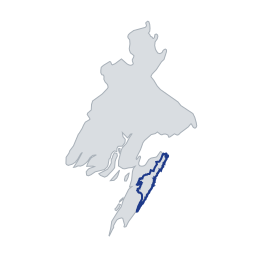 Rangamati, Chittagong, Bangladesh (highlighted), rotated 37°
{"feature_id": "16705992B35610473312733", "entity_name": "Rangamati", "entity_type": "district", "adm_level": 2, "iso_a3": "BGD", "parent_name": "Bangladesh", "parent_adm1": "Chittagong", "projection": "equal_earth", "projection_center": [92.168, 22.796], "detail": "fine", "context": "in_parent", "style": "outline", "palette": "blue", "viewbox_px": 256, "rotation_deg": 37, "n_neighbors": 0, "source": "geoboundaries", "source_scale": "gbopen_adm2", "svg_char_len": 8587}
<svg xmlns="http://www.w3.org/2000/svg" viewBox="0 0 256 256"><g transform="rotate(37 128 128)"><path d="M95.2,181.1L95.2,175.0L92.1,162.9L92.2,161.5L91.6,155.7L90.8,152.5L90.4,149.0L92.4,144.1L91.6,143.3L87.3,141.8L86.8,140.5L87.8,135.7L84.7,131.1L83.5,127.6L86.9,116.6L87.8,108.9L87.6,107.4L85.6,105.7L82.0,105.0L79.4,103.6L77.9,101.4L76.7,100.5L75.1,101.2L73.1,100.3L71.5,98.2L70.1,95.6L70.7,92.7L73.4,85.9L74.4,85.7L76.6,87.0L77.5,87.0L79.0,84.4L81.2,76.8L88.5,77.4L90.2,77.2L92.0,76.6L93.0,75.6L93.6,74.4L93.4,73.3L91.2,71.9L90.3,70.8L89.8,67.8L89.1,66.6L84.7,66.5L82.5,65.1L81.2,63.8L79.0,59.7L76.3,56.6L73.7,55.9L72.7,54.9L72.2,53.3L72.5,51.1L73.9,46.7L81.2,37.3L81.4,36.2L81.1,35.0L79.0,33.5L78.9,32.8L79.5,30.8L80.7,30.6L83.2,32.4L85.7,35.3L87.2,37.8L87.2,39.9L89.2,40.3L90.8,41.2L92.5,40.9L93.6,41.4L94.4,41.2L94.7,40.1L93.3,37.1L94.0,35.9L95.6,35.9L96.8,37.0L97.7,39.3L97.8,42.9L99.7,46.1L102.3,48.4L104.3,49.4L106.7,50.2L108.8,49.4L109.8,47.2L109.4,45.2L109.7,43.4L110.5,42.4L111.8,42.5L112.8,43.9L115.5,51.6L114.9,55.0L115.5,64.3L114.8,70.5L115.2,72.8L115.7,73.3L119.9,74.4L126.1,76.9L130.8,77.8L152.2,77.1L156.8,78.3L171.1,77.4L175.0,79.4L179.2,82.6L181.6,84.9L182.0,86.3L181.8,87.5L181.0,88.1L179.5,88.1L176.1,86.6L175.6,87.0L175.5,90.8L172.8,100.1L172.4,102.9L171.5,104.1L168.6,104.7L166.8,110.1L166.0,110.8L164.1,109.6L163.0,109.8L161.5,110.3L160.1,111.5L159.1,113.1L157.9,113.6L153.9,113.5L153.2,116.0L150.5,119.3L148.7,128.1L148.8,130.8L151.0,137.8L152.6,146.9L153.2,147.8L153.9,147.9L154.0,143.7L154.7,143.2L155.6,143.7L157.5,149.3L158.6,150.7L160.2,151.1L162.1,150.2L163.5,148.6L164.1,146.8L163.6,140.7L164.5,138.2L167.8,134.5L168.3,133.4L168.1,127.3L169.3,127.0L170.9,127.5L173.0,126.1L173.7,126.0L174.5,127.6L176.0,127.3L178.2,139.5L178.4,148.1L178.9,152.8L179.7,153.9L182.2,161.1L184.6,186.3L184.8,202.4L185.8,207.9L185.0,209.1L184.2,209.3L183.5,207.4L178.2,203.3L176.9,203.7L175.1,206.1L174.4,208.3L174.7,211.4L175.2,214.5L176.5,216.2L176.6,218.1L178.0,225.4L177.6,225.4L174.7,218.8L171.2,212.3L170.1,200.7L170.0,195.0L167.6,188.3L165.4,176.5L166.4,172.4L164.7,174.2L162.1,167.2L157.9,160.3L156.7,157.3L156.7,154.3L154.9,157.3L152.5,159.4L150.0,162.5L148.4,163.5L143.2,164.0L140.2,159.8L135.9,149.6L135.4,147.2L136.0,141.2L135.0,135.5L134.7,130.4L133.9,130.9L133.6,132.3L133.8,134.4L133.5,136.2L126.2,135.0L129.3,138.0L132.6,138.7L134.3,141.4L134.4,145.9L131.1,148.6L131.4,150.9L133.3,153.6L131.0,154.4L130.4,156.2L130.3,158.8L131.9,162.8L131.6,164.3L134.3,169.5L134.8,172.0L134.1,175.5L128.2,182.7L126.5,187.7L125.0,190.1L123.2,190.5L121.0,188.1L121.0,185.6L121.4,183.7L124.5,179.0L122.9,179.6L118.0,183.5L117.1,180.3L116.6,177.4L116.6,173.8L118.9,168.5L116.3,171.1L115.5,174.5L115.8,178.4L115.5,181.2L114.4,184.8L113.0,187.0L110.8,188.4L109.7,190.6L108.2,192.2L107.7,184.8L106.2,174.9L105.8,177.1L106.6,183.2L106.5,187.2L105.3,190.4L102.8,193.8L100.9,194.2L99.8,193.7L96.2,188.6L96.0,183.8L95.2,181.1ZM138.9,181.3L134.5,182.4L132.2,182.1L136.5,173.2L136.3,169.2L135.7,166.0L133.6,163.3L133.5,161.5L132.5,159.0L132.0,156.0L134.4,155.0L136.3,156.7L137.0,160.1L137.9,162.6L141.2,167.8L141.2,171.0L140.2,178.9L138.9,181.3ZM148.3,178.3L145.6,180.7L146.6,166.7L148.5,171.9L149.0,174.7L148.3,178.3ZM158.6,171.3L157.4,172.3L156.3,171.5L154.9,168.2L155.6,164.0L156.1,163.4L157.8,167.6L158.6,171.3ZM168.5,201.0L167.0,201.2L166.2,200.2L166.6,198.7L166.2,194.2L168.1,193.7L168.8,197.5L168.5,201.0ZM166.8,188.2L165.7,192.8L165.2,190.7L166.0,186.8L166.8,188.2ZM135.6,151.7L136.0,153.1L133.6,151.2L132.9,149.9L134.0,149.2L135.6,151.7Z" fill="#d9dde1" stroke="#a8b0b8" stroke-width="1"/><path d="M185.3,189.3L185.5,189.0L185.8,188.9L185.8,188.7L185.5,187.0L185.5,186.9L185.3,186.9L185.3,186.7L185.4,186.3L185.3,186.1L185.3,185.7L185.2,185.6L185.3,185.5L185.1,184.9L185.3,184.8L185.3,184.6L184.9,183.9L185.0,183.5L184.8,182.9L185.0,182.8L185.1,182.2L184.8,182.1L184.8,181.5L184.6,181.5L184.4,180.3L184.0,179.9L184.1,179.7L184.4,179.7L184.4,179.4L184.8,179.6L184.7,179.8L184.8,180.0L185.1,180.1L185.3,179.6L185.2,178.7L185.2,178.4L184.9,178.3L184.9,177.4L184.8,177.0L184.7,177.0L184.7,175.6L184.7,175.3L184.5,175.2L184.5,174.9L184.5,174.7L184.6,174.1L184.5,173.8L184.4,173.7L184.5,173.7L184.4,173.5L184.5,173.4L184.3,173.0L184.3,172.1L184.2,172.1L184.1,171.7L184.1,171.4L184.0,170.9L183.9,170.8L184.0,170.7L183.8,170.5L183.9,170.4L183.8,170.1L183.7,169.9L183.9,169.9L183.7,169.8L183.8,169.7L183.7,169.2L183.7,168.9L183.6,168.6L183.6,167.7L183.7,167.4L183.6,167.2L183.7,166.9L183.6,166.7L183.4,166.3L183.5,166.3L183.4,166.1L183.5,165.9L183.4,165.8L183.2,165.8L183.2,165.5L183.0,165.3L183.1,165.1L183.1,164.9L183.3,164.9L183.4,164.4L183.3,163.9L183.2,163.8L183.2,163.6L183.3,163.7L183.2,163.5L183.2,163.2L183.3,163.0L183.3,162.8L183.1,162.8L183.1,162.6L183.1,162.3L183.1,162.2L183.1,161.9L183.2,161.7L183.0,161.4L182.8,160.3L182.9,159.8L182.7,159.6L182.8,159.4L182.6,159.5L182.6,159.2L182.5,159.3L182.3,159.1L182.2,159.2L181.8,159.0L181.9,158.7L181.8,158.1L181.7,157.7L181.7,157.8L181.7,157.3L181.5,157.0L181.6,156.9L181.4,156.5L181.4,156.4L181.5,156.1L181.2,155.7L181.5,155.8L181.4,155.6L181.5,155.3L181.4,155.2L181.5,155.1L181.2,155.0L181.3,154.8L181.1,154.6L181.2,154.0L181.1,153.9L180.8,154.3L180.7,154.1L180.4,153.5L180.4,153.1L180.2,153.3L180.0,153.2L179.9,153.4L179.8,153.2L179.9,152.8L179.3,152.8L179.3,152.6L179.2,152.6L179.3,152.5L179.2,152.4L179.4,152.0L179.2,151.8L179.3,151.8L179.3,151.7L179.3,151.4L179.4,151.2L179.5,151.0L179.5,150.4L179.5,150.1L179.4,150.0L179.5,149.5L179.5,149.3L179.6,149.1L179.7,148.5L179.5,148.0L179.5,147.8L179.4,147.7L179.1,147.1L178.8,146.9L179.1,146.1L178.8,145.9L178.9,145.5L179.0,145.1L178.8,144.4L178.9,144.2L178.7,144.1L178.7,142.8L178.7,142.5L178.6,142.4L179.9,142.4L180.0,142.3L179.9,142.2L179.9,141.8L179.6,141.6L179.6,141.4L179.8,141.5L179.6,140.9L179.4,140.8L179.5,140.1L179.3,139.8L179.3,139.6L179.2,139.7L179.2,139.2L179.3,138.7L179.4,138.4L179.4,138.2L179.1,138.0L179.2,137.8L179.0,138.0L178.8,137.8L179.0,137.6L178.7,137.5L178.9,137.2L178.8,137.3L178.7,136.9L178.7,136.7L178.8,136.9L178.8,136.7L178.6,136.4L178.5,135.8L178.4,135.7L178.2,135.9L178.1,135.3L178.2,135.0L178.0,134.9L178.2,134.7L177.8,134.5L177.9,134.4L178.0,134.4L177.9,134.3L178.0,134.2L177.8,134.0L177.9,133.9L177.8,133.7L178.0,133.5L177.9,133.4L177.9,133.1L177.8,132.9L177.7,133.0L177.7,132.8L177.8,132.6L177.7,132.4L177.6,132.1L177.6,131.8L177.7,131.6L177.6,131.3L177.6,131.2L177.6,130.9L177.4,130.4L177.3,130.5L177.2,130.3L177.1,130.2L177.1,130.3L177.1,129.6L177.3,129.4L177.1,129.2L176.9,129.1L176.8,129.3L176.8,129.1L176.9,128.8L176.7,128.7L177.2,127.4L177.1,126.7L176.8,126.4L176.8,126.2L176.5,125.9L176.1,126.0L175.9,126.1L175.8,126.3L175.9,127.0L175.7,127.3L175.7,127.9L175.4,128.4L175.2,128.4L175.1,128.2L175.0,127.7L175.2,127.3L175.0,126.8L174.9,126.6L174.5,126.4L174.3,126.5L174.3,126.2L174.1,126.0L174.2,125.5L173.9,125.4L173.7,125.6L173.3,126.1L173.0,126.6L172.9,126.9L172.8,127.1L172.7,127.0L172.3,127.6L171.9,127.4L171.8,127.9L171.8,128.0L171.8,128.5L171.7,128.5L172.7,131.6L173.0,132.7L173.3,135.9L172.9,136.5L172.1,137.0L171.0,138.1L173.0,139.6L173.0,141.4L173.2,143.5L173.7,145.3L174.4,147.0L174.1,147.2L173.4,147.4L173.3,147.2L172.7,147.7L171.6,148.0L172.5,150.3L172.8,151.8L171.6,152.7L171.2,154.0L170.8,154.3L170.3,154.3L169.8,155.7L169.3,156.1L169.2,156.9L169.2,157.7L169.9,159.7L169.6,159.9L169.0,160.0L168.9,160.9L168.0,160.9L167.9,161.2L168.2,161.3L168.4,161.6L168.1,162.2L168.3,162.5L168.3,163.1L168.4,163.5L168.6,164.1L168.6,164.3L168.7,164.7L168.9,164.8L168.9,165.0L169.0,165.7L169.0,165.8L169.1,166.2L169.2,166.6L169.3,167.1L169.2,167.1L169.1,167.5L169.3,167.6L169.5,167.7L169.3,167.7L169.3,167.9L169.8,167.8L169.9,167.7L170.0,167.4L170.2,167.1L170.4,167.0L170.3,166.7L170.5,166.4L170.4,166.1L170.4,165.9L170.2,165.7L170.3,165.0L170.2,165.0L170.2,164.9L170.0,164.6L170.1,163.8L170.6,163.6L170.6,163.4L170.8,163.2L170.9,163.3L170.8,163.6L171.0,163.6L171.3,163.4L171.6,163.4L171.6,163.6L171.9,163.6L171.7,164.2L171.9,164.1L172.0,164.4L172.2,164.5L172.4,165.0L172.3,165.4L172.5,165.4L172.5,166.3L172.9,166.9L172.9,167.3L173.1,167.6L173.1,167.9L173.2,168.0L173.2,168.5L173.4,169.0L173.3,169.4L173.4,169.5L173.0,169.7L172.9,169.9L172.8,170.2L172.3,170.7L172.4,171.0L172.6,171.1L172.9,171.9L173.1,171.7L173.4,171.8L173.3,172.0L173.2,172.3L174.6,172.5L174.8,172.6L174.8,173.0L175.1,173.1L175.5,173.1L176.5,172.6L176.9,172.2L179.0,172.7L179.9,173.6L181.5,175.7L181.9,176.3L182.0,176.9L182.4,179.1L182.4,180.4L182.9,182.0L183.1,183.5L183.4,184.7L184.2,186.8L184.6,188.3L185.3,189.3Z" fill="none" stroke="#1e3a8a" stroke-width="2"/></g></svg>